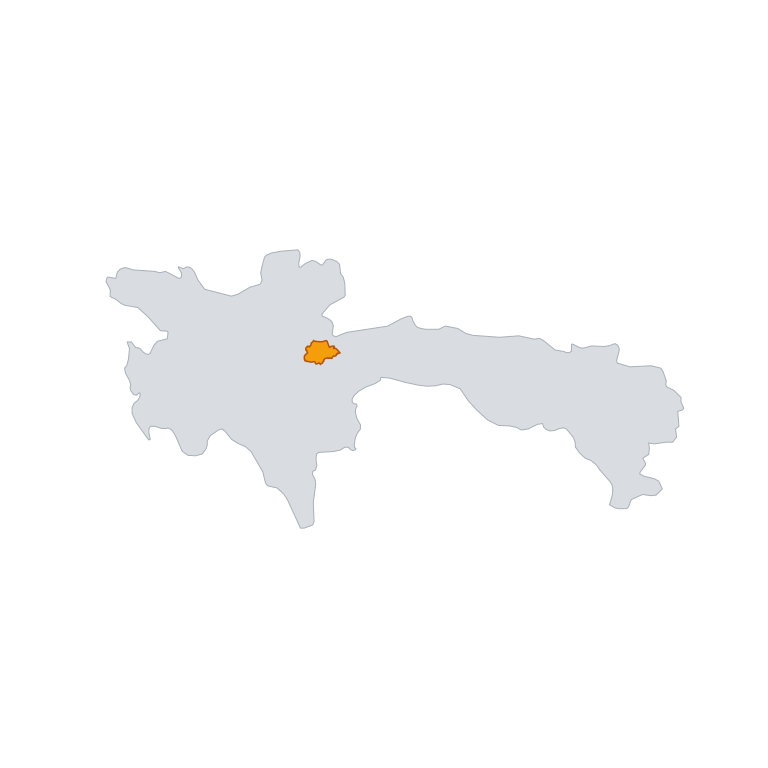 Khoune, Xiangkhoang, Laos shown in context, rotated 314°
{"feature_id": "54806243B13600000049447", "entity_name": "Khoune", "entity_type": "district", "adm_level": 2, "iso_a3": "LAO", "parent_name": "Laos", "parent_adm1": "Xiangkhoang", "projection": "natural_earth1", "projection_center": [103.534, 19.269], "detail": "fine", "context": "in_parent", "style": "filled", "palette": "amber", "viewbox_px": 768, "rotation_deg": 314, "n_neighbors": 0, "source": "geoboundaries", "source_scale": "gbopen_adm2", "svg_char_len": 7613}
<svg xmlns="http://www.w3.org/2000/svg" viewBox="0 0 768 768"><g transform="rotate(314 384 384)"><path d="M288.9,118.3L291.9,124.4L305.7,140.8L308.1,145.2L313.2,148.6L317.5,163.2L319.3,164.1L321.6,163.0L323.3,161.0L324.8,155.4L325.7,154.8L327.3,159.4L331.2,160.8L332.9,162.8L333.4,166.3L332.8,169.9L329.5,178.2L327.6,189.3L341.2,213.2L346.9,216.5L360.4,220.3L369.7,225.6L373.9,224.3L378.0,218.4L382.9,215.1L392.1,210.0L394.7,209.8L399.7,211.8L408.0,217.7L420.6,228.8L420.2,231.8L417.9,234.7L411.2,239.1L409.1,241.9L410.4,243.0L416.0,243.7L422.6,246.2L424.6,249.1L425.7,255.7L426.9,257.0L433.0,256.2L434.9,257.1L437.1,259.3L439.3,264.8L439.2,268.9L433.2,276.2L432.5,280.5L429.3,285.7L421.0,294.4L418.7,294.9L403.3,290.1L391.0,290.8L390.0,292.6L392.1,297.8L392.7,303.0L390.8,307.0L383.8,312.1L383.5,314.4L384.9,316.7L395.2,321.3L428.0,346.3L442.9,351.1L449.5,354.2L451.2,356.0L451.2,358.2L449.4,361.0L448.0,365.9L448.0,368.8L449.5,371.7L452.2,375.9L461.4,385.4L468.1,387.7L475.2,398.5L477.3,408.0L480.8,414.2L497.9,434.7L512.2,447.4L520.7,461.0L524.8,464.1L526.1,469.0L527.3,483.4L532.2,490.6L533.3,493.5L535.4,495.6L537.8,496.0L542.8,491.3L543.8,492.0L546.1,499.6L548.2,502.4L555.7,507.0L563.8,516.2L568.1,519.5L573.5,522.1L574.2,525.0L573.3,527.9L571.6,529.8L562.3,535.1L561.1,537.4L567.3,549.1L582.8,563.6L587.7,572.2L586.6,576.4L582.4,584.8L579.2,587.1L578.4,589.8L580.8,596.6L580.6,607.2L577.6,609.8L574.9,616.3L573.0,616.8L568.3,614.4L558.4,625.6L554.1,625.0L549.1,631.3L542.7,632.1L538.2,627.4L528.7,620.0L525.3,615.3L522.4,619.3L517.4,623.2L510.4,621.8L508.5,627.4L507.1,628.4L498.6,629.4L497.0,630.3L498.4,635.4L503.5,644.0L505.0,649.0L501.9,657.1L493.0,656.9L489.1,653.6L484.1,646.7L472.7,642.2L465.2,645.3L462.9,645.1L457.2,639.3L455.1,635.6L453.8,630.1L462.4,625.6L466.8,622.1L469.7,618.4L470.8,614.5L472.2,598.4L473.4,592.8L472.7,585.8L470.4,580.4L470.3,572.1L471.6,565.5L474.8,562.2L477.1,557.4L478.4,546.7L477.4,543.9L474.2,541.3L468.7,538.8L465.3,535.7L463.9,531.9L464.0,528.5L465.7,525.6L461.6,522.4L451.7,518.9L446.2,514.6L445.0,509.7L440.9,503.2L433.8,495.2L430.1,483.6L429.7,468.5L430.5,456.3L433.5,442.1L429.4,431.8L424.9,426.4L418.6,422.4L412.5,416.7L406.8,409.2L400.0,398.2L392.0,383.7L386.7,377.2L383.9,378.7L378.2,377.3L369.4,373.1L361.7,370.9L355.2,370.5L351.0,371.5L349.0,373.7L348.8,375.9L350.5,378.1L349.6,379.8L346.2,381.0L343.4,383.4L340.3,388.7L338.2,395.7L334.9,398.4L329.9,399.0L325.0,401.0L320.1,404.4L317.8,406.9L318.1,408.7L317.0,409.1L314.7,408.1L313.6,405.8L313.7,402.2L311.2,399.7L306.2,398.5L300.4,394.6L289.4,384.5L286.9,384.1L283.3,386.7L278.6,392.3L274.7,394.5L271.6,393.4L269.2,395.4L267.6,400.5L264.5,404.5L249.7,415.4L236.3,429.4L232.9,430.6L224.9,426.7L222.3,424.0L233.5,395.4L235.2,388.4L234.9,379.2L230.2,371.6L230.0,369.3L230.8,367.0L236.5,358.1L243.1,335.2L242.7,328.1L239.9,320.3L238.3,312.9L239.6,302.8L239.2,298.8L236.1,296.9L226.0,294.9L220.1,296.5L217.4,299.2L214.0,301.0L207.6,301.9L201.6,298.5L196.6,292.7L195.4,285.6L201.8,270.3L203.3,264.4L203.2,261.6L202.1,258.7L200.6,258.3L197.4,254.7L194.3,248.4L191.3,245.4L188.5,246.0L185.9,248.4L181.7,254.4L180.3,253.6L184.2,232.5L187.7,223.5L191.9,219.3L196.3,217.6L200.9,218.2L204.7,217.4L207.9,215.2L207.6,214.0L203.9,213.7L202.5,211.3L203.2,206.8L204.9,203.9L207.4,202.5L209.9,198.0L212.3,190.3L215.2,186.3L218.5,186.2L224.4,182.9L232.6,176.4L235.8,170.1L238.8,173.0L237.7,180.3L239.3,181.8L240.0,184.4L239.6,188.5L240.3,192.0L241.5,193.7L243.3,194.5L252.0,191.6L257.3,191.3L266.0,196.7L271.2,192.7L271.3,191.2L267.0,186.2L268.4,167.7L267.9,153.6L260.7,143.2L259.3,139.0L258.6,132.1L256.6,126.3L261.7,121.6L264.5,113.0L268.1,110.9L269.3,111.2L273.6,117.7L279.2,114.5L283.4,114.5L287.0,116.2L288.9,118.3Z" fill="#d9dde1" stroke="#a8b0b8" stroke-width="1"/><path d="M363.4,303.2L363.2,303.2L362.9,303.3L362.5,303.4L362.2,303.6L361.9,303.8L361.7,304.0L361.3,304.3L361.1,304.4L360.6,304.5L360.1,304.4L359.9,304.3L359.4,304.4L359.0,304.5L358.7,304.4L358.6,304.0L358.7,303.7L358.5,303.3L358.3,302.9L358.0,302.9L357.7,302.8L357.3,302.8L357.2,302.8L356.8,303.0L356.6,302.8L356.2,302.7L356.0,302.8L355.5,302.9L355.2,303.2L354.8,303.5L354.4,303.9L354.2,304.0L354.2,304.4L354.3,304.7L354.4,305.1L354.3,305.5L354.1,305.8L353.6,306.2L353.6,306.5L353.6,306.9L353.3,307.2L353.0,307.4L352.5,307.3L352.2,307.3L351.8,307.3L351.5,307.3L351.0,307.1L350.3,307.2L350.0,307.1L349.8,307.3L349.6,307.3L348.8,307.3L348.6,307.6L348.4,307.8L348.1,308.0L347.7,308.3L347.3,308.5L347.2,308.7L347.0,309.0L346.6,309.4L346.5,310.0L346.4,310.3L346.4,310.6L346.1,310.5L345.9,310.8L345.9,311.3L346.1,311.5L346.3,311.8L346.4,312.2L346.5,312.5L346.6,312.8L346.8,313.0L347.0,313.2L347.2,313.4L347.6,314.0L347.8,314.2L347.9,314.5L348.3,315.2L348.5,315.5L348.8,316.0L349.2,316.5L349.5,316.8L349.9,317.0L350.3,317.2L350.5,317.4L350.8,317.6L351.2,317.9L351.5,318.3L351.7,318.5L351.8,318.7L351.9,319.0L351.8,319.3L351.7,319.4L351.5,319.7L351.4,320.1L351.3,320.3L351.2,320.6L351.2,320.9L351.2,321.0L351.3,321.3L351.5,321.4L351.6,321.6L352.2,321.9L352.6,322.0L352.9,322.1L353.2,322.2L353.5,322.4L353.7,322.6L353.8,323.2L354.0,323.7L354.0,324.0L354.1,323.9L354.1,324.0L354.3,324.1L354.5,324.3L354.7,324.5L354.8,324.7L354.9,324.8L355.0,324.8L355.1,324.7L355.2,324.8L355.3,324.8L355.5,324.9L355.6,325.0L355.8,325.1L356.0,325.2L356.5,325.1L356.9,325.1L357.0,325.0L357.1,324.9L357.4,324.8L357.5,324.7L357.8,324.6L358.0,324.6L358.3,324.6L358.5,324.7L358.8,324.8L359.1,324.4L359.2,324.1L359.3,324.0L359.6,323.9L360.0,323.9L360.5,323.9L360.8,323.8L361.0,323.8L361.4,324.0L361.5,324.0L361.8,324.2L362.0,324.3L362.3,324.5L362.5,324.6L362.6,324.8L362.8,324.9L363.0,324.9L363.1,325.0L363.3,325.0L363.5,325.1L363.7,325.3L363.8,325.4L363.8,325.5L363.9,325.8L363.8,326.0L364.0,326.2L364.1,326.3L364.3,326.5L364.5,326.5L364.9,326.7L365.0,326.7L365.0,326.8L365.0,327.0L365.3,327.2L365.3,327.3L365.4,327.5L365.5,327.6L365.5,327.8L365.8,328.2L365.9,328.4L366.0,328.5L366.3,328.7L366.5,328.7L366.8,328.3L367.0,328.2L367.4,328.2L367.7,328.2L367.8,328.2L368.0,328.3L368.3,328.3L368.5,328.3L368.6,328.2L368.8,328.2L368.8,328.3L369.0,328.3L369.2,328.5L369.3,328.5L369.4,328.8L369.5,328.9L369.6,329.0L369.8,329.1L369.9,329.3L370.0,329.4L370.3,329.4L370.5,329.4L370.7,329.5L370.8,329.6L371.0,329.7L371.2,329.8L371.3,329.7L371.7,329.6L371.8,329.5L372.1,329.3L372.3,329.3L372.4,329.2L372.5,329.1L372.8,329.2L372.8,329.3L372.8,329.5L373.1,329.7L373.3,329.4L373.5,329.2L373.8,329.2L374.0,329.3L374.2,329.5L374.3,329.6L374.5,329.8L374.6,330.1L374.7,330.3L374.8,330.3L375.0,330.3L375.2,330.5L375.5,330.6L375.8,330.7L376.1,327.8L376.1,325.2L375.9,324.3L375.7,323.8L375.4,323.7L375.1,323.5L374.8,323.2L374.6,323.0L374.8,322.7L375.0,322.6L375.6,322.5L376.1,322.4L376.4,322.3L376.5,322.1L376.5,321.9L376.5,321.7L376.3,321.5L376.0,321.2L375.9,321.0L375.7,320.8L375.5,320.6L375.3,320.5L375.0,320.3L374.8,320.2L374.5,320.0L374.1,319.8L373.9,319.7L373.5,319.6L373.3,319.5L373.0,319.4L372.8,319.4L372.6,319.4L372.5,319.1L372.6,318.9L372.7,318.6L372.9,318.3L373.1,317.8L373.5,317.1L373.6,316.8L373.7,316.5L374.1,315.8L374.4,315.0L374.6,314.7L374.7,314.3L374.9,313.9L375.1,313.7L375.2,313.1L375.2,312.9L375.2,312.6L374.9,312.4L374.9,312.2L374.7,312.0L374.4,311.8L374.1,311.6L373.7,311.4L373.0,311.1L372.7,310.9L372.4,310.8L372.3,310.7L371.9,310.4L371.7,310.3L371.4,310.0L371.2,309.9L371.0,309.7L370.8,309.6L370.6,309.4L370.4,309.2L370.0,308.7L369.9,308.6L369.4,307.9L368.3,306.7L366.7,304.5L366.5,303.9L366.4,303.2L366.2,303.2L365.9,303.2L365.6,303.3L365.4,303.3L365.1,303.4L364.6,303.5L364.3,303.5L364.0,303.4L363.6,303.2L363.4,303.2Z" fill="#f59e0b" stroke="#b45309" stroke-width="1.5"/></g></svg>